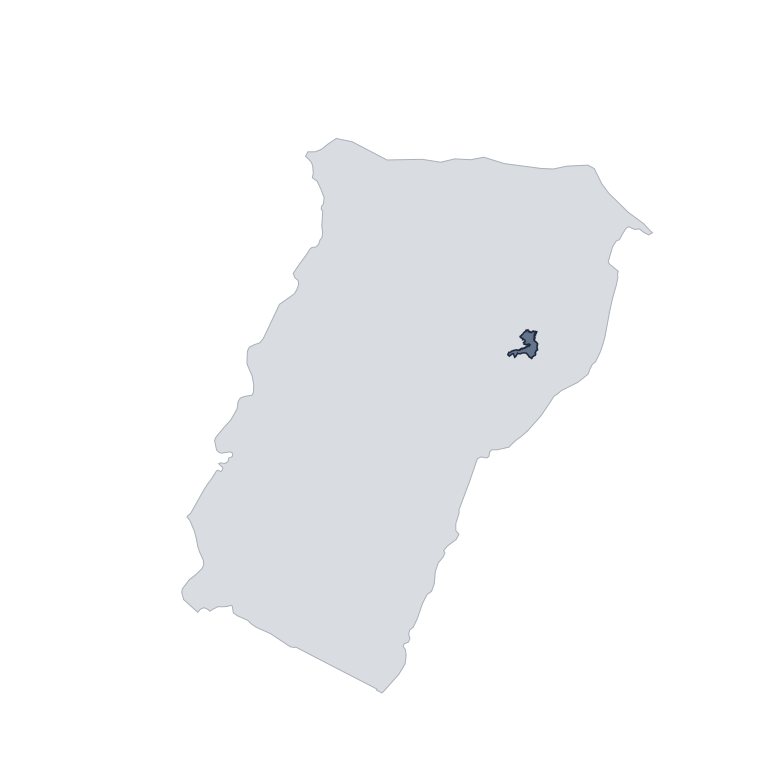 location of Asutifi South, Brong Ahafo, Ghana, rotated 208°
{"feature_id": "2480657B57037677938762", "entity_name": "Asutifi South", "entity_type": "district", "adm_level": 2, "iso_a3": "GHA", "parent_name": "Ghana", "parent_adm1": "Brong Ahafo", "projection": "robinson", "projection_center": [-2.395, 6.849], "detail": "fine", "context": "in_parent", "style": "filled", "palette": "slate", "viewbox_px": 768, "rotation_deg": 208, "n_neighbors": 0, "source": "geoboundaries", "source_scale": "gbopen_adm2", "svg_char_len": 7681}
<svg xmlns="http://www.w3.org/2000/svg" viewBox="0 0 768 768"><g transform="rotate(208 384 384)"><path d="M459.7,99.6L464.7,105.0L465.9,108.2L464.0,119.9L460.4,128.1L458.0,135.7L458.3,139.6L460.6,143.4L468.3,149.4L472.3,153.3L477.0,159.3L482.4,165.1L491.6,172.6L495.5,174.0L495.3,176.1L494.0,179.0L493.3,207.1L492.6,214.3L491.9,218.0L491.1,228.5L490.1,230.0L488.4,229.9L486.8,230.3L486.4,232.4L487.0,234.5L492.6,236.0L491.4,237.6L487.2,239.1L485.3,242.2L486.2,245.8L483.9,248.7L484.6,250.7L486.0,252.1L488.4,251.6L494.8,246.7L497.6,246.2L500.9,247.2L507.1,254.6L507.4,258.2L504.9,270.6L502.4,280.2L502.0,292.9L504.6,300.0L504.3,304.0L501.5,307.4L495.1,312.3L495.5,315.6L498.5,321.9L503.9,328.9L514.5,337.5L520.0,348.8L520.2,353.4L516.9,357.9L513.1,361.9L511.9,367.7L513.7,405.3L505.4,421.7L505.3,426.4L506.1,431.8L508.4,435.1L512.6,436.0L516.1,439.1L514.9,450.6L513.1,462.3L512.8,468.0L511.8,470.7L508.5,472.9L507.3,476.6L508.1,481.1L507.5,484.5L509.3,488.9L513.1,494.3L519.2,507.8L521.6,508.9L522.6,511.7L522.0,514.5L524.4,520.5L531.2,526.4L538.3,531.7L544.1,532.4L545.5,537.1L549.3,543.0L552.1,545.6L556.5,547.3L560.1,548.2L560.3,553.2L553.8,556.7L549.4,561.9L546.0,569.8L541.4,578.4L525.4,583.0L519.3,583.0L486.5,583.2L455.8,600.3L438.1,606.4L427.2,616.0L412.6,622.8L402.4,631.1L381.2,635.1L346.4,648.1L335.5,653.3L324.5,662.4L306.6,673.0L299.5,672.9L285.5,662.9L274.9,657.9L249.1,650.3L229.9,647.4L220.6,644.1L218.0,643.6L220.2,640.0L225.6,639.8L231.2,640.8L235.5,638.1L241.8,637.8L243.4,634.9L243.9,627.7L243.9,621.9L246.1,619.4L246.6,612.5L243.5,597.4L241.3,595.7L230.1,593.5L229.3,590.5L227.3,587.4L225.1,579.6L222.7,568.0L218.7,553.6L211.2,529.9L209.3,521.5L208.0,513.0L207.7,502.8L209.3,499.0L209.1,493.7L208.4,488.5L213.7,476.4L224.2,461.6L226.4,456.3L228.3,452.6L228.6,447.3L230.4,430.0L235.4,409.2L238.6,401.4L240.7,397.1L243.2,390.2L243.9,387.0L253.5,378.8L257.9,376.6L258.9,373.4L257.4,369.9L258.0,367.5L260.3,366.3L263.9,365.3L266.5,362.0L262.4,336.3L259.1,310.7L258.9,308.6L257.0,305.0L255.1,294.5L251.8,288.3L247.3,286.5L247.3,280.7L251.9,270.8L253.1,265.1L250.9,263.3L250.6,258.8L252.1,251.6L251.4,247.1L250.6,242.4L245.8,231.2L244.7,223.2L247.1,218.6L247.0,208.5L244.5,192.8L244.0,182.9L245.8,178.8L244.9,174.9L241.5,171.2L241.3,167.6L244.2,164.0L243.8,161.3L240.2,159.3L236.9,154.5L234.0,146.9L234.6,134.6L240.1,112.1L240.8,110.2L247.0,110.3L247.0,111.3L266.2,111.1L288.2,110.8L314.5,110.5L338.3,110.3L339.4,109.3L343.3,108.0L367.4,110.3L382.5,109.2L388.9,109.9L393.5,111.4L404.0,110.5L409.5,111.1L413.7,116.7L415.4,116.6L417.7,114.2L421.9,111.5L426.1,109.4L429.2,105.0L431.0,101.6L433.7,102.3L437.7,102.1L440.3,99.3L441.3,95.0L459.7,99.6Z" fill="#d9dde1" stroke="#a8b0b8" stroke-width="1"/><path d="M267.5,491.9L267.8,492.0L268.0,492.0L268.3,492.0L268.5,492.0L268.9,492.3L269.0,492.2L269.2,492.3L269.4,492.3L269.5,492.4L269.6,492.5L269.9,492.5L270.0,492.7L270.6,492.7L270.8,492.5L271.1,492.5L271.5,492.7L271.5,492.9L272.0,493.2L271.8,493.4L271.9,493.5L272.0,493.9L272.0,494.0L272.0,494.3L272.1,494.6L272.3,494.5L272.3,494.9L272.5,494.9L272.5,495.0L272.6,494.9L272.6,495.0L272.7,494.9L272.8,495.0L272.7,494.9L272.9,495.1L273.0,494.9L273.1,495.2L273.1,495.3L273.0,495.2L273.0,495.4L272.9,495.5L273.0,495.6L272.8,495.6L272.7,495.9L272.8,496.1L273.0,496.2L273.2,496.3L273.2,496.5L273.3,496.6L273.1,496.5L273.2,496.8L273.5,497.1L273.6,497.3L273.8,497.3L274.0,497.2L274.2,497.3L274.2,497.5L274.2,497.8L274.1,498.1L273.8,498.4L273.9,498.5L273.7,498.5L273.8,498.6L273.7,498.9L273.8,498.9L273.7,499.0L273.8,499.1L273.9,499.3L274.0,499.2L274.1,499.3L273.9,499.5L273.7,499.6L273.7,499.8L273.6,499.7L273.5,499.8L273.6,500.0L273.8,499.8L273.8,500.1L274.0,500.0L274.4,500.3L274.3,500.5L273.9,500.5L273.9,500.8L273.7,500.8L273.8,501.0L273.9,500.9L273.8,501.2L273.5,501.5L273.7,501.9L274.2,501.5L274.5,501.6L274.6,501.2L275.1,501.3L275.1,501.2L275.5,501.1L275.9,501.0L275.9,500.8L276.2,500.7L276.4,500.8L276.5,500.5L277.1,500.7L277.1,500.4L277.4,500.4L277.7,499.9L277.6,499.7L277.7,499.2L278.0,499.3L278.2,499.1L278.2,498.9L278.3,498.8L278.3,498.7L278.7,498.7L278.7,498.4L279.0,498.4L279.2,498.2L279.4,498.4L279.8,498.3L279.7,498.4L279.8,498.5L280.0,498.4L280.1,498.6L280.3,498.4L280.5,498.6L280.8,498.8L281.5,498.8L282.1,499.0L282.3,499.3L282.5,499.0L282.9,498.8L282.6,498.7L282.9,498.2L283.0,498.3L283.1,498.0L283.2,497.9L283.5,497.6L283.8,497.6L283.7,497.2L283.8,497.0L283.6,497.1L283.8,496.9L283.7,496.7L284.0,496.6L284.5,495.5L284.8,494.4L284.7,494.2L284.9,493.1L285.1,492.6L285.4,492.4L285.3,491.6L285.4,491.1L285.6,491.1L286.2,490.0L286.0,489.6L285.5,489.2L285.1,489.3L284.5,489.1L284.2,489.2L283.8,489.1L283.4,489.4L283.0,489.4L283.1,489.2L282.8,489.1L282.4,488.1L281.2,489.0L280.4,488.9L280.1,488.8L279.6,488.2L279.4,487.8L279.2,487.7L279.9,487.1L280.0,486.7L280.1,486.3L279.9,486.4L279.6,485.9L279.3,485.6L279.2,485.1L278.9,485.3L278.7,485.5L278.5,485.4L278.4,485.1L277.7,485.2L277.5,485.5L277.4,485.5L277.1,485.7L276.9,485.7L276.4,486.0L275.8,486.5L275.3,487.1L274.8,487.4L274.3,487.3L274.2,487.0L273.9,487.1L273.8,486.9L273.4,487.0L273.8,486.8L273.7,486.6L273.5,486.8L273.5,486.5L273.7,486.4L273.6,486.1L273.8,486.2L273.8,485.8L274.1,485.7L274.1,485.8L274.3,485.8L274.2,485.4L274.4,485.3L274.7,485.4L274.7,485.6L274.8,485.5L275.0,485.6L274.9,485.2L275.0,485.1L274.9,485.1L275.0,484.9L274.9,484.8L274.9,484.6L275.0,484.6L275.0,484.2L275.3,483.8L275.5,483.8L275.6,484.0L275.8,484.0L276.0,483.9L275.8,483.7L276.0,483.4L275.9,483.1L275.9,482.8L276.1,482.6L276.2,482.4L276.3,482.0L276.6,482.0L276.9,482.0L276.8,481.7L276.6,481.6L276.7,481.4L277.1,481.1L277.3,481.3L277.4,481.0L277.7,481.0L277.8,480.8L277.7,480.8L277.8,480.8L277.8,480.6L278.0,480.5L278.2,480.4L278.4,480.5L278.6,480.4L278.6,480.2L278.8,480.2L278.7,480.0L278.8,480.0L278.9,479.9L279.0,480.0L279.1,479.8L278.9,479.6L279.0,479.5L279.0,479.3L279.1,479.2L279.2,479.3L279.3,479.2L279.3,479.4L279.7,479.3L279.8,479.0L280.0,478.9L280.0,478.7L279.8,478.7L280.0,478.6L279.8,478.6L279.8,478.4L280.0,478.4L280.0,478.2L280.1,478.3L280.2,478.2L280.1,477.9L280.3,477.8L280.2,477.7L280.3,477.5L280.7,477.5L280.7,477.4L280.9,477.1L281.0,477.0L281.3,476.9L281.5,476.8L281.9,476.3L282.4,476.3L282.6,476.5L282.7,476.4L283.2,476.3L283.7,476.0L284.1,475.4L284.5,475.2L284.9,474.6L285.1,474.6L285.1,474.4L285.4,474.2L285.6,474.2L285.8,474.0L285.8,473.8L286.7,473.0L287.0,472.6L287.0,471.9L287.4,471.5L287.5,471.3L288.0,470.9L288.4,470.4L288.6,470.4L288.5,470.1L288.5,469.8L288.4,468.9L288.4,468.7L288.6,468.6L288.5,468.2L288.1,467.8L287.7,467.9L287.6,467.7L286.5,467.4L286.2,467.6L286.1,468.3L285.1,470.1L285.1,470.5L284.6,471.1L284.3,471.6L284.2,471.6L281.1,468.9L281.0,469.1L281.4,469.3L280.6,470.3L280.6,470.7L280.7,471.0L280.6,471.4L280.5,471.5L280.5,472.8L280.6,473.2L280.6,473.9L279.8,473.8L278.1,474.5L277.5,474.9L276.7,476.1L275.3,477.0L273.3,477.9L272.5,478.1L272.2,478.0L271.7,477.7L271.3,477.2L270.2,477.2L269.1,476.5L268.8,476.1L268.2,476.0L267.3,476.3L266.5,476.2L266.2,475.7L265.7,475.7L265.4,476.4L265.9,477.0L265.7,477.5L265.4,477.8L265.4,478.0L265.2,478.2L265.2,478.5L265.0,478.8L265.0,479.3L264.8,479.4L264.7,479.7L264.4,479.9L264.3,480.0L264.2,480.0L264.2,480.3L264.0,480.5L264.1,480.9L264.0,481.0L264.0,481.4L264.3,481.5L264.5,482.2L265.0,482.7L265.0,482.9L265.2,483.2L265.3,483.1L265.3,483.5L265.1,483.9L265.1,484.3L265.2,484.5L265.1,484.8L265.4,484.9L265.4,485.1L265.0,485.6L264.7,485.7L264.6,486.0L264.4,486.1L264.6,486.5L264.9,486.6L265.1,487.1L265.3,487.1L265.4,487.4L265.8,487.6L265.9,488.1L266.2,488.4L266.3,489.0L266.2,489.4L266.0,489.5L266.5,489.4L266.7,489.7L266.9,489.7L266.8,490.4L267.0,490.6L266.9,490.9L267.4,491.4L267.5,491.9Z" fill="#64748b" stroke="#1e293b" stroke-width="1.5"/></g></svg>